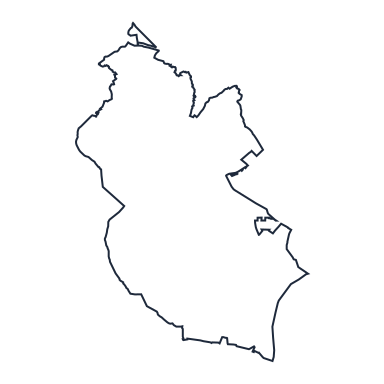 the district of Mihaesti, Vâlcea, Romania
{"feature_id": "2599482B28552559363507", "entity_name": "Mihaesti", "entity_type": "district", "adm_level": 2, "iso_a3": "ROU", "parent_name": "Romania", "parent_adm1": "Vâlcea", "projection": "albers", "projection_center": [24.236, 45.036], "detail": "fine", "context": "isolated", "style": "outline", "palette": "slate", "viewbox_px": 384, "rotation_deg": 0, "n_neighbors": 0, "source": "geoboundaries", "source_scale": "gbopen_adm2", "svg_char_len": 5884}
<svg xmlns="http://www.w3.org/2000/svg" viewBox="0 0 384 384"><path d="M272.5,361.0L273.7,357.0L274.2,350.3L273.1,337.5L272.4,326.7L275.5,312.6L277.8,303.1L278.8,300.5L290.9,284.1L298.8,279.5L306.0,274.3L308.0,273.7L298.3,267.1L295.9,259.9L293.7,259.3L292.7,257.3L286.7,249.1L286.7,245.0L287.4,242.7L287.4,241.7L288.9,234.9L289.3,233.5L291.2,229.8L288.3,228.1L288.4,227.9L287.8,227.4L281.1,223.7L278.6,226.7L275.1,230.5L272.9,233.4L269.7,231.3L269.1,230.2L268.7,230.5L268.3,230.0L268.7,229.7L261.6,229.5L262.3,230.9L259.2,234.7L258.8,234.8L256.4,229.0L255.8,227.1L255.1,222.9L255.0,220.5L257.6,220.5L257.6,217.7L261.6,217.6L261.4,220.5L265.2,220.5L265.3,217.7L268.9,217.7L268.9,218.2L271.3,218.5L271.3,218.8L272.2,218.8L272.4,217.9L275.7,220.6L276.2,220.6L275.0,219.8L268.4,214.0L267.8,213.0L266.9,210.0L266.7,209.4L266.2,209.0L255.9,203.3L235.3,190.5L233.6,189.3L231.6,186.7L226.3,176.2L226.1,175.7L226.5,175.1L228.9,173.9L230.0,173.7L232.0,176.0L233.2,175.5L231.4,173.5L232.5,173.4L234.4,175.0L234.8,174.8L233.1,173.2L235.2,172.9L236.9,174.2L237.3,173.9L235.9,172.7L237.9,171.8L241.0,169.9L241.8,170.8L242.6,169.9L241.9,169.3L244.8,167.4L245.5,168.1L246.0,167.5L245.4,167.1L247.9,165.5L246.3,163.8L241.3,159.7L249.3,152.8L250.9,151.8L251.6,150.9L256.6,156.0L263.0,149.8L256.9,139.6L254.1,135.4L252.8,134.0L252.2,132.5L251.5,131.4L249.7,129.4L247.2,127.5L245.4,126.8L245.0,126.4L245.1,125.7L244.6,124.2L243.3,121.1L243.7,120.2L243.6,119.8L242.5,117.7L241.1,115.6L240.8,114.3L241.2,113.9L241.0,113.1L241.2,112.5L241.3,110.0L240.9,109.2L240.4,105.8L240.0,104.9L236.8,101.1L237.1,101.3L237.9,100.6L239.2,100.3L240.7,99.3L241.7,96.5L241.7,95.1L239.8,94.0L238.7,93.0L238.7,92.7L239.0,92.5L238.9,91.1L239.6,90.1L239.6,89.9L238.5,88.8L237.3,88.6L236.4,87.6L237.0,87.0L236.9,86.3L236.5,85.8L234.7,85.9L232.6,86.7L229.6,88.7L228.4,87.7L227.1,88.9L225.6,89.0L224.3,89.8L223.9,90.5L221.5,92.8L220.0,93.3L218.4,94.5L216.9,96.1L214.6,96.9L213.7,97.0L212.4,97.6L210.3,97.8L209.4,98.3L209.0,100.3L207.9,101.8L207.6,102.1L206.7,102.2L205.4,103.5L204.9,105.8L203.2,109.1L200.5,112.3L198.3,115.5L196.7,117.1L195.3,115.8L194.5,115.3L193.2,117.2L189.9,115.9L190.9,113.3L191.6,109.5L192.5,107.9L192.1,106.6L192.2,106.3L193.7,105.6L193.3,104.8L193.9,102.8L193.6,102.4L193.5,101.5L193.2,101.2L193.2,100.8L194.4,100.2L193.6,99.2L193.5,98.4L195.2,97.3L195.5,96.7L195.1,95.9L193.9,96.4L193.5,95.7L193.9,94.8L194.2,92.8L194.7,92.0L194.4,90.3L194.7,89.9L194.1,88.9L193.5,88.3L193.3,87.3L192.2,86.7L192.4,85.8L192.9,85.3L192.9,84.9L192.7,84.4L191.9,83.7L191.8,81.4L190.6,78.9L190.4,77.8L190.6,77.4L191.0,77.2L191.0,76.3L190.4,75.9L189.6,74.8L188.4,72.1L186.5,72.6L185.7,71.8L185.3,71.8L185.0,72.2L183.4,71.5L180.3,73.1L180.1,73.5L180.1,74.6L180.8,75.2L179.6,75.2L179.2,75.7L178.7,75.5L178.5,76.0L177.8,75.5L176.9,75.4L176.4,74.8L176.5,74.5L175.2,72.7L174.5,72.3L174.9,71.0L175.4,70.5L175.7,70.5L175.8,69.6L175.6,67.7L175.0,67.0L174.1,67.1L172.9,66.6L172.0,67.4L171.5,67.1L171.7,66.6L169.7,65.8L169.8,65.5L170.6,65.5L170.8,64.8L170.1,64.9L169.4,64.5L169.2,64.7L168.9,64.2L167.8,63.8L166.6,63.9L164.9,63.6L164.2,63.2L163.4,61.2L158.1,59.8L154.3,57.7L154.9,55.4L156.3,53.2L158.2,51.5L158.8,50.8L158.7,50.5L148.5,47.6L143.8,46.7L142.0,45.8L138.0,45.5L137.9,42.5L143.2,43.3L148.0,45.1L150.8,45.7L156.4,47.5L135.6,26.6L134.4,24.6L133.0,23.0L132.7,23.4L132.4,26.2L131.7,27.7L130.8,28.1L129.1,30.2L128.6,31.1L128.3,32.6L128.3,33.9L128.8,34.5L129.7,34.9L130.5,35.7L136.5,34.8L136.8,37.7L137.6,42.0L137.7,45.6L134.5,45.7L130.0,43.7L128.2,42.4L125.7,46.0L124.9,46.7L122.2,46.7L120.9,47.1L119.8,48.1L118.4,50.4L117.3,51.4L114.6,51.8L108.3,56.1L106.9,56.6L105.4,56.6L104.5,57.2L104.1,58.5L104.1,59.7L98.9,63.5L98.9,64.3L99.9,64.3L100.1,65.3L100.5,65.6L102.6,66.6L103.8,66.4L104.7,65.4L105.1,65.5L105.6,65.9L106.7,65.2L107.4,65.8L108.1,65.9L108.3,66.5L108.9,66.7L109.0,68.0L110.9,69.6L112.5,70.4L112.6,71.6L114.1,72.6L115.1,72.4L116.5,74.1L114.4,74.9L115.0,75.8L115.0,77.2L115.1,77.6L116.3,78.6L116.2,78.9L113.0,81.2L113.9,83.3L114.1,84.3L113.5,84.5L111.5,84.3L110.5,86.1L110.0,86.5L109.7,87.8L109.6,88.3L109.9,89.4L111.1,91.4L111.8,94.2L111.7,97.6L111.9,98.4L111.7,99.1L109.5,100.1L107.6,101.4L106.1,100.8L105.2,101.2L104.2,101.3L104.0,102.1L104.1,102.7L102.5,106.7L100.2,108.6L101.0,109.3L99.0,110.4L98.1,111.7L97.1,111.8L96.1,112.5L96.0,113.0L96.5,113.3L97.2,113.6L98.2,113.3L97.8,114.3L97.2,114.5L96.4,115.7L96.2,116.6L95.8,116.6L95.5,116.3L95.5,115.9L93.3,115.7L92.6,115.3L91.9,115.5L81.0,126.4L78.7,128.3L77.9,130.6L77.6,132.1L77.7,134.1L77.4,135.1L77.7,136.6L77.7,137.2L76.4,139.9L76.0,141.8L76.2,143.7L76.7,145.3L79.0,149.8L80.2,151.5L84.4,155.5L85.7,156.2L88.5,157.0L92.0,160.1L94.5,161.7L95.5,163.5L98.5,167.1L99.2,167.1L100.2,168.9L101.1,169.4L101.5,175.6L102.8,186.9L124.2,206.0L123.1,207.6L119.0,212.1L109.6,219.6L108.3,221.9L108.2,226.3L107.3,229.2L106.8,232.7L105.6,237.1L104.9,238.5L104.9,240.0L105.5,241.5L106.3,245.5L107.3,247.0L107.7,248.5L108.3,249.8L108.7,251.2L108.7,256.5L109.2,258.6L109.7,259.5L110.0,261.8L115.6,273.4L119.4,278.6L119.6,279.8L120.6,280.8L123.2,282.3L123.2,283.3L123.3,283.6L124.2,284.4L125.7,286.5L126.4,288.0L127.4,288.7L127.8,289.1L128.5,290.7L130.4,293.7L134.9,294.4L141.2,294.3L146.9,306.2L156.8,311.6L157.5,312.8L157.8,314.3L158.2,314.9L160.0,316.4L161.6,317.3L164.2,319.7L167.2,322.2L168.7,323.2L170.2,323.7L172.5,323.4L173.8,325.1L176.3,326.6L180.9,326.6L182.3,326.3L182.1,328.0L182.8,329.0L182.8,336.7L183.5,338.5L183.5,339.1L182.8,339.2L183.1,339.9L183.4,340.1L187.4,339.4L187.4,338.6L200.4,340.4L203.5,341.2L210.2,342.3L211.6,343.0L212.1,342.4L218.4,342.6L219.6,343.4L222.2,337.1L223.2,337.1L225.5,337.8L226.9,337.9L227.1,338.1L227.6,343.4L227.9,344.2L233.3,344.5L236.0,344.9L236.6,346.2L249.0,349.2L254.0,346.4L254.6,347.2L252.6,351.6L253.8,352.1L254.4,350.9L258.8,353.0L259.0,352.8L262.4,356.8L263.6,358.0L272.5,361.0Z" fill="none" stroke="#1e293b" stroke-width="2"/></svg>